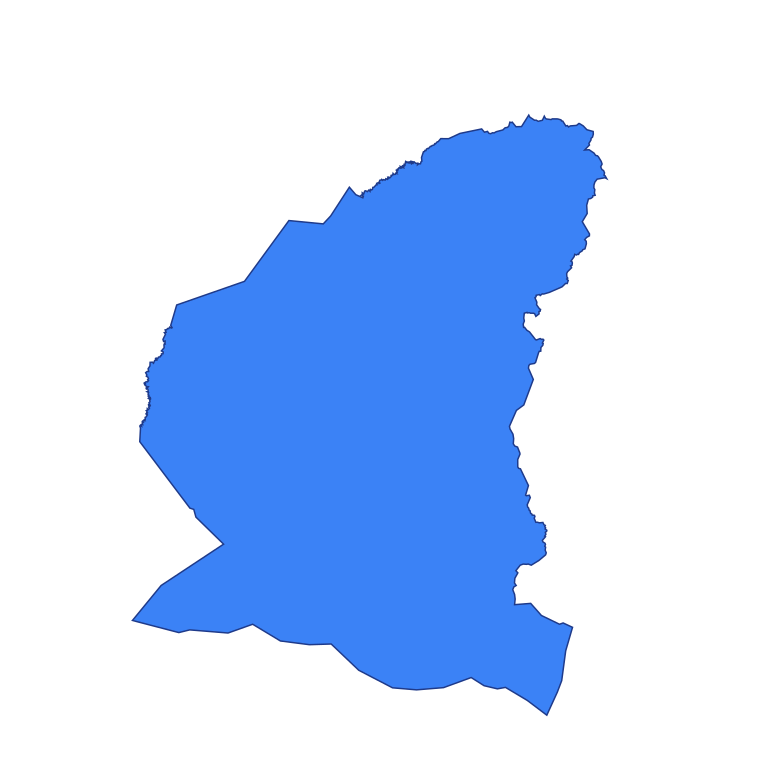 the district of Xalx gol, Dornod, Mongolia, rotated 282°
{"feature_id": "93677404B3085807680593", "entity_name": "Xalx gol", "entity_type": "district", "adm_level": 2, "iso_a3": "MNG", "parent_name": "Mongolia", "parent_adm1": "Dornod", "projection": "albers", "projection_center": [119.062, 47.201], "detail": "fine", "context": "isolated", "style": "filled", "palette": "blue", "viewbox_px": 768, "rotation_deg": 282, "n_neighbors": 0, "source": "geoboundaries", "source_scale": "gbopen_adm2", "svg_char_len": 6164}
<svg xmlns="http://www.w3.org/2000/svg" viewBox="0 0 768 768"><g transform="rotate(282 384 384)"><path d="M93.9,612.1L118.6,617.6L130.8,619.5L160.8,617.2L185.2,619.0L187.5,608.9L185.5,605.6L190.3,586.1L199.9,573.1L195.3,557.6L200.9,557.0L205.3,555.5L209.6,552.7L212.5,553.2L214.4,555.2L216.5,553.0L221.2,552.4L227.1,554.2L228.8,551.8L235.1,554.9L236.8,557.6L237.3,561.1L237.9,562.4L237.4,565.7L243.7,572.3L250.5,577.6L252.6,577.8L255.0,576.2L258.0,576.0L258.7,575.0L260.6,575.3L261.7,574.6L262.6,572.3L264.0,571.4L268.2,573.7L268.6,572.8L270.6,573.6L272.5,572.6L273.7,573.7L274.8,573.7L275.7,571.7L276.9,572.0L277.9,570.9L279.2,571.2L279.6,569.7L281.6,568.2L280.5,564.8L280.7,562.9L280.3,561.3L284.0,558.8L285.7,559.2L286.8,558.5L286.6,556.2L287.5,555.7L288.0,554.3L290.5,553.1L290.7,552.3L292.8,551.2L293.5,550.1L295.6,549.2L303.3,550.7L305.4,549.3L304.3,546.4L304.7,545.6L314.7,546.4L329.4,535.1L329.5,533.2L330.7,532.1L337.9,530.5L343.7,531.6L344.8,531.2L350.1,527.7L350.5,524.8L352.4,522.9L357.5,522.2L361.7,520.6L366.2,516.6L368.7,515.5L385.7,519.0L392.6,525.1L419.5,529.1L429.5,522.0L432.2,521.8L433.7,522.7L435.4,526.9L436.7,527.8L446.9,528.7L448.3,529.1L448.7,530.5L452.4,529.9L454.9,531.3L456.7,531.3L457.0,530.4L460.2,531.2L460.9,530.2L460.4,528.9L460.9,527.3L458.8,524.0L458.9,523.0L465.2,515.5L466.3,512.5L468.7,509.7L468.4,508.8L471.6,507.7L474.8,508.2L477.5,507.0L482.4,506.5L483.8,509.0L483.3,509.4L484.0,511.5L483.7,512.4L484.3,515.5L484.1,516.7L481.7,518.5L484.8,521.1L487.1,520.5L487.7,521.6L489.5,521.6L489.8,520.5L493.2,516.8L495.8,516.5L499.8,513.7L501.0,514.6L502.4,514.4L503.8,517.4L503.0,518.4L505.1,520.1L505.2,521.5L508.0,526.7L516.1,538.0L520.1,540.7L520.4,542.3L523.6,542.7L524.7,540.9L525.8,541.7L526.8,540.6L530.0,539.7L532.0,540.2L536.7,543.3L538.3,541.9L539.1,543.2L541.5,543.1L542.9,542.3L543.1,541.3L548.1,543.5L550.5,543.6L550.2,545.4L551.3,546.6L551.2,547.4L553.2,547.9L555.3,550.1L556.7,550.5L558.0,552.5L563.3,552.8L565.7,552.1L566.9,550.3L569.5,551.7L571.6,554.1L573.5,553.8L584.0,544.2L593.0,547.3L601.0,545.1L607.5,545.5L608.4,547.6L610.1,549.2L611.5,549.1L612.5,551.3L614.6,550.1L618.0,549.8L619.5,548.5L622.4,548.0L625.4,548.3L628.7,549.9L631.7,557.3L631.2,559.1L633.7,556.9L634.0,555.8L636.4,555.8L638.4,554.4L639.1,552.5L641.5,550.8L644.5,551.6L646.9,550.2L650.9,546.4L651.6,545.3L651.6,543.4L653.5,541.5L655.8,535.9L654.6,531.6L660.5,535.3L661.9,534.4L665.6,535.7L667.4,535.5L668.8,536.6L671.9,536.8L674.5,536.1L674.9,529.6L677.9,525.2L679.4,521.0L679.3,520.4L677.0,518.6L675.2,512.6L673.8,511.0L674.9,509.7L674.2,508.2L678.3,504.2L678.2,502.3L678.5,502.9L679.2,502.1L679.4,498.8L678.3,493.4L677.4,492.5L677.0,487.7L677.4,486.7L679.3,485.1L674.9,484.1L673.0,480.2L673.7,478.0L673.3,476.4L675.4,471.1L677.1,469.7L664.4,465.0L663.1,459.6L666.8,455.0L666.2,454.2L666.3,452.7L662.4,452.5L660.7,451.5L659.8,449.2L657.2,447.4L654.1,441.3L652.5,439.5L652.3,437.9L651.0,436.3L651.0,434.5L652.6,432.7L651.2,429.9L653.8,426.5L644.9,406.2L637.4,396.2L635.8,388.5L632.3,386.6L631.9,385.7L629.5,384.3L629.6,383.7L628.1,383.2L627.2,381.4L626.2,380.8L626.1,380.0L623.5,378.5L623.5,377.7L622.6,376.7L621.1,376.5L621.0,375.5L619.8,375.3L619.4,374.3L613.4,373.6L609.8,374.7L609.0,374.0L607.0,373.9L606.6,372.3L605.4,371.2L607.0,371.1L606.4,369.3L607.6,367.2L606.8,365.9L606.4,366.7L605.0,365.1L605.6,364.7L606.2,365.0L606.1,365.7L606.8,365.0L607.4,365.4L607.5,363.9L607.0,363.6L606.4,364.4L605.8,363.6L607.2,363.0L605.5,362.9L605.4,361.9L606.1,361.5L605.6,360.9L606.0,360.3L605.4,360.1L606.1,358.9L603.3,358.9L603.1,358.2L602.1,359.0L601.2,358.3L601.9,357.6L601.4,356.9L599.6,358.3L599.6,357.0L599.0,356.1L600.4,356.2L599.8,355.6L600.1,354.8L599.2,355.2L599.6,354.0L598.6,355.0L598.4,353.5L596.4,353.1L596.9,352.5L596.6,352.2L595.7,352.8L595.5,351.7L593.8,352.9L593.1,352.0L592.5,352.7L592.5,351.8L591.9,351.4L590.9,351.6L591.5,351.1L591.0,350.0L591.8,349.1L590.3,349.1L589.5,347.6L588.9,348.1L586.8,346.8L587.4,345.7L587.1,344.7L585.8,345.5L585.0,344.9L585.4,344.5L584.9,344.2L585.2,343.1L583.7,342.7L583.8,341.0L582.9,340.3L583.7,339.2L582.8,338.7L582.5,337.6L581.1,337.3L579.5,338.2L579.1,337.5L580.0,336.9L578.7,335.1L577.5,335.8L577.2,334.9L574.3,333.2L574.0,332.2L571.9,332.2L571.2,331.4L571.5,330.3L569.5,330.3L570.6,328.9L568.7,327.7L569.2,325.9L568.7,325.0L565.7,324.6L566.5,323.0L564.9,323.4L564.0,322.6L564.2,323.7L563.5,323.8L563.4,324.8L561.7,324.6L563.3,317.1L569.3,309.2L537.3,296.9L528.0,291.3L524.1,257.0L455.4,226.2L418.2,164.8L397.0,163.2L395.0,165.0L394.5,164.3L395.1,162.5L393.4,161.9L393.3,160.8L392.0,160.1L391.4,158.7L389.3,160.1L388.6,158.5L387.3,159.9L381.7,158.5L379.9,159.5L380.5,161.0L378.5,161.3L378.2,160.8L377.5,161.6L376.6,160.6L373.8,161.4L370.1,159.4L369.4,161.4L367.7,161.6L367.2,160.1L365.6,160.4L365.2,159.6L364.1,159.5L363.4,157.8L361.8,157.4L362.0,155.8L361.5,155.2L360.6,155.5L360.8,156.6L360.2,156.9L359.3,154.8L356.4,154.2L357.2,152.9L356.6,150.7L353.0,151.3L349.9,150.1L347.3,151.2L346.9,149.6L345.5,148.5L343.5,150.2L342.2,149.9L341.6,151.6L340.4,152.5L338.9,151.9L338.4,152.9L337.0,152.3L336.7,150.8L335.0,149.2L334.5,149.9L334.8,151.2L333.8,150.0L332.9,150.8L332.1,153.1L332.3,154.0L330.7,153.3L330.5,152.7L331.1,152.3L330.4,152.2L329.7,152.7L330.2,153.5L329.6,154.3L327.7,154.9L327.2,153.9L326.7,155.5L325.0,155.3L324.1,156.4L323.2,155.8L322.5,157.4L321.0,156.4L320.7,157.2L321.7,158.4L320.8,158.8L319.6,158.2L317.9,158.8L316.9,158.0L315.0,159.3L315.1,158.1L314.7,157.9L313.8,158.5L313.6,159.5L312.4,158.6L311.6,159.6L310.0,158.8L310.6,157.6L309.2,157.9L308.5,157.1L308.2,157.9L307.1,157.8L306.7,158.5L305.5,157.4L304.8,157.8L305.1,158.7L304.6,159.0L302.4,158.2L301.7,157.3L299.7,157.8L299.1,156.9L298.4,157.7L297.9,155.9L297.2,155.4L296.5,156.4L296.1,155.6L294.1,156.4L294.2,155.4L293.8,154.9L292.3,155.6L292.8,154.2L292.1,153.9L290.2,155.0L276.8,157.1L222.2,220.0L221.8,224.0L214.7,227.7L194.0,260.4L140.6,207.9L100.4,187.1L98.2,235.0L103.1,245.1L108.0,283.2L121.7,305.5L111.1,336.1L113.5,365.2L118.7,386.4L98.7,418.9L88.6,455.5L91.6,479.4L99.4,505.4L115.0,530.3L109.7,544.6L109.4,558.3L112.5,565.9L104.3,589.9L93.9,612.1Z" fill="#3b82f6" stroke="#1e3a8a" stroke-width="1.5"/></g></svg>